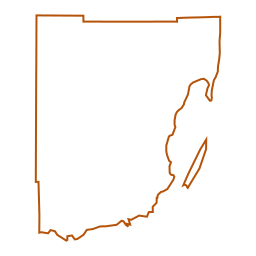 outline of Miami-Dade, Florida, United States of America
{"feature_id": "52423323B12945765623889", "entity_name": "Miami-Dade", "entity_type": "district", "adm_level": 2, "iso_a3": "USA", "parent_name": "United States of America", "parent_adm1": "Florida", "projection": "orthographic", "projection_center": [-80.389, 25.563], "detail": "fine", "context": "isolated", "style": "outline", "palette": "amber", "viewbox_px": 256, "rotation_deg": 0, "n_neighbors": 0, "source": "geoboundaries", "source_scale": "gbopen_adm2", "svg_char_len": 1629}
<svg xmlns="http://www.w3.org/2000/svg" viewBox="0 0 256 256"><path d="M36.5,15.4L36.3,62.5L36.2,74.5L36.1,100.1L35.8,181.9L38.5,181.9L39.4,214.7L39.3,232.7L41.6,232.2L43.6,232.6L48.1,233.3L50.6,230.1L54.9,231.2L57.2,234.8L66.3,240.6L67.3,240.0L67.4,236.2L72.0,235.5L74.8,239.4L77.3,239.0L83.5,234.8L86.8,229.9L93.0,229.0L100.1,226.4L105.6,226.3L106.6,226.2L110.1,225.7L116.6,224.8L121.7,220.7L123.5,221.3L125.8,224.7L128.2,226.6L126.7,223.8L130.2,224.6L128.5,219.2L131.2,219.8L139.1,215.6L146.9,216.7L148.8,212.1L152.8,212.0L152.7,206.8L156.6,202.8L156.7,197.9L157.3,197.9L157.9,194.8L160.9,192.0L163.1,191.4L167.4,189.0L173.4,179.7L174.3,176.6L173.4,175.2L171.0,174.7L169.7,172.9L169.5,166.2L171.0,162.3L169.1,160.7L166.9,154.6L166.3,151.1L166.3,145.5L168.9,136.5L169.7,135.9L169.8,135.8L169.9,135.7L172.5,134.7L175.4,127.0L174.6,124.9L174.6,120.1L175.6,114.7L176.7,112.3L178.8,110.0L181.5,108.2L184.0,104.2L184.1,103.1L184.2,102.5L188.0,94.4L189.4,86.6L190.5,84.6L193.2,82.4L200.9,79.2L204.0,78.8L206.9,80.9L208.5,83.3L209.0,85.2L207.5,88.3L205.9,95.2L209.9,100.7L211.3,100.5L211.9,97.4L211.5,95.7L211.8,90.4L213.9,80.1L215.5,77.5L215.8,76.8L216.7,74.4L217.8,71.6L218.0,66.5L219.2,59.2L219.8,53.0L219.6,44.4L219.5,41.6L220.2,32.7L220.2,16.7L218.7,16.9L212.9,16.9L208.5,17.1L198.7,17.4L193.0,17.5L188.8,17.6L177.0,18.0L177.1,21.7L173.3,21.6L169.4,21.6L157.6,21.6L143.9,21.7L141.9,21.7L83.4,21.6L83.4,15.7L36.5,15.4ZM183.3,185.3L184.4,184.8L185.2,184.8L186.6,185.7L187.3,187.4L187.8,187.9L188.1,187.3L199.5,168.4L206.1,149.1L206.2,139.6L200.3,149.3L188.3,173.8L183.3,185.3Z" fill="none" stroke="#b45309" stroke-width="2"/></svg>